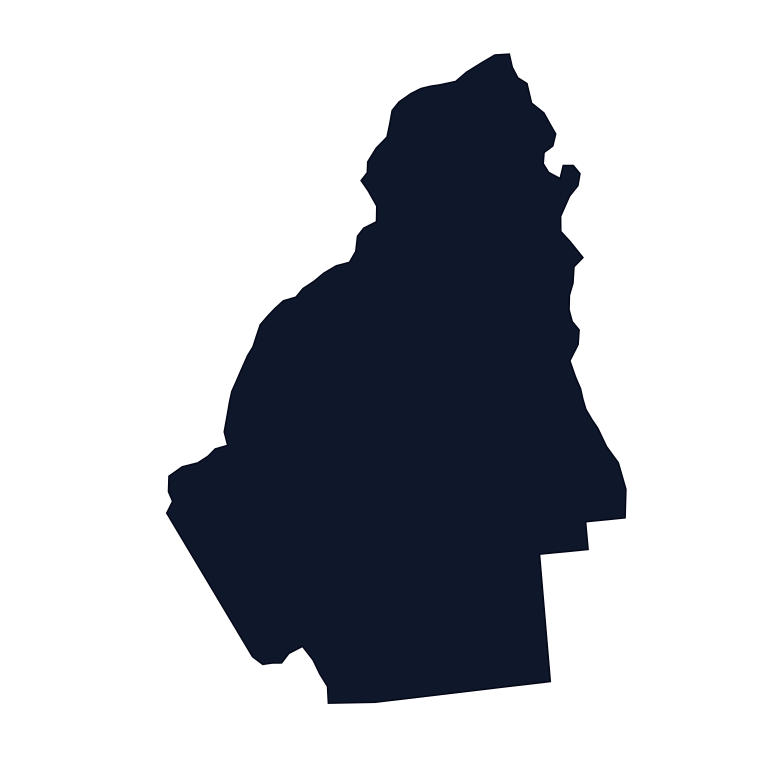 outline of Salete, Santa Catarina, Brazil, rotated 354°
{"feature_id": "56859067B33006019293673", "entity_name": "Salete", "entity_type": "district", "adm_level": 2, "iso_a3": "BRA", "parent_name": "Brazil", "parent_adm1": "Santa Catarina", "projection": "orthographic", "projection_center": [-50.006, -26.958], "detail": "fine", "context": "isolated", "style": "filled", "palette": "ink", "viewbox_px": 768, "rotation_deg": 354, "n_neighbors": 0, "source": "geoboundaries", "source_scale": "gbopen_adm2", "svg_char_len": 1444}
<svg xmlns="http://www.w3.org/2000/svg" viewBox="0 0 768 768"><g transform="rotate(354 384 384)"><path d="M224.7,641.4L234.1,650.2L243.5,649.8L253.0,650.7L261.2,642.0L275.5,636.4L284.5,650.9L289.9,665.8L296.2,678.9L295.3,695.6L341.6,699.6L467.0,697.9L518.3,697.3L520.9,569.5L569.7,569.9L570.1,542.1L609.8,542.3L613.6,514.0L608.8,486.8L598.8,469.5L591.9,450.1L587.1,441.2L582.1,430.2L580.2,419.6L579.0,409.3L575.2,397.0L571.3,380.3L581.2,365.0L583.7,350.6L577.7,341.5L575.8,329.4L577.7,315.1L582.5,303.5L585.2,287.3L595.1,279.1L583.7,261.4L575.8,250.8L577.2,235.7L588.2,216.5L597.6,207.0L600.9,195.3L595.1,186.5L585.1,185.4L580.6,198.1L569.9,190.8L565.4,181.5L567.4,170.5L576.8,164.9L580.9,153.2L576.2,142.6L571.4,131.2L560.1,120.0L557.6,100.1L549.1,93.4L544.7,82.4L543.1,69.0L528.5,68.4L515.4,74.4L498.8,82.4L486.9,90.6L470.9,92.3L461.3,92.7L451.7,94.0L441.3,97.9L428.5,105.0L420.7,112.8L417.2,124.9L412.8,138.7L400.8,148.7L391.0,161.4L389.5,172.0L382.5,179.3L388.5,190.3L395.4,206.3L393.5,221.8L380.2,226.8L373.1,234.2L369.8,249.1L362.3,259.4L349.0,261.4L335.8,267.4L325.2,274.5L313.4,280.6L305.5,288.4L292.7,290.7L283.8,297.2L276.3,303.5L267.1,312.1L261.7,324.0L257.6,333.3L251.3,341.5L243.8,354.5L237.4,365.9L231.9,375.4L228.6,385.3L225.1,397.6L220.1,414.9L222.1,428.7L209.4,430.9L201.5,437.4L190.5,443.0L174.8,445.2L160.5,453.2L158.4,468.5L161.5,478.6L154.4,489.7L224.7,641.4Z" fill="#0f172a" stroke="#020617" stroke-width="1.5"/></g></svg>